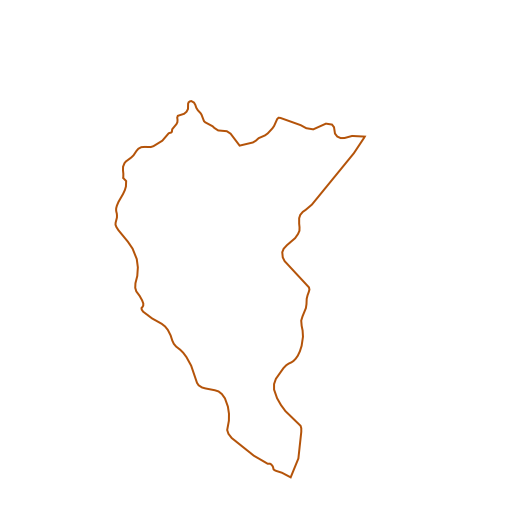 SVG path tracing the border of Anseba, rotated 37°
{"feature_id": "ERI-1563", "entity_name": "Anseba", "entity_type": "Region", "adm_level": 1, "iso_a3": "ERI", "parent_name": "Eritrea", "parent_adm1": "", "projection": "mercator", "projection_center": [37.716, 16.542], "detail": "fine", "context": "isolated", "style": "outline", "palette": "amber", "viewbox_px": 512, "rotation_deg": 37, "n_neighbors": 0, "source": "natural_earth", "source_scale": "10m", "svg_char_len": 2434}
<svg xmlns="http://www.w3.org/2000/svg" viewBox="0 0 512 512"><g transform="rotate(37 256 256)"><path d="M249.0,111.7L252.6,110.9L255.7,108.5L260.5,102.3L271.0,95.2L271.2,96.8L272.3,115.0L269.7,181.3L267.9,189.3L266.8,192.6L266.6,196.5L267.7,199.8L271.0,204.2L273.5,206.9L275.5,209.7L276.3,213.1L276.5,218.2L274.2,228.7L273.7,233.5L274.7,237.2L278.2,241.0L282.0,242.9L317.2,249.2L318.9,250.7L319.8,253.0L320.8,256.3L322.2,259.6L325.3,264.1L327.2,267.6L329.5,276.3L331.0,280.4L334.5,284.3L338.1,287.5L342.1,292.2L346.5,300.3L348.4,305.7L349.4,310.5L349.5,314.2L349.1,317.3L348.3,319.6L346.9,322.2L345.9,325.0L345.4,329.0L345.8,342.1L347.5,347.4L350.8,351.8L358.4,356.9L365.6,360.0L372.9,362.2L393.8,364.8L395.8,366.3L398.0,369.2L411.7,392.2L416.9,411.9L407.1,413.5L401.4,415.5L399.6,415.9L398.4,415.8L396.6,414.3L395.4,413.7L393.4,413.3L392.1,413.5L390.3,414.9L374.4,416.8L346.1,416.0L341.0,414.6L337.7,412.3L333.5,403.9L329.4,398.3L324.2,393.2L316.9,388.4L311.8,386.8L307.6,386.7L303.9,388.0L295.3,392.2L292.0,393.5L288.0,393.8L285.2,392.8L270.2,382.6L261.3,378.6L256.2,377.1L252.1,376.5L246.7,376.4L243.2,375.6L240.0,373.9L235.6,370.8L230.1,368.1L225.8,367.0L221.5,366.9L210.6,368.4L199.4,368.4L197.0,367.6L195.9,366.5L196.0,364.9L195.8,363.5L194.6,361.8L191.8,360.0L187.1,357.9L181.7,356.3L178.7,354.1L176.1,350.3L173.2,343.4L168.5,336.2L162.6,330.2L153.0,324.4L145.1,321.7L130.6,318.2L127.1,316.9L125.0,315.6L123.9,314.0L121.8,309.0L120.5,307.2L119.2,305.8L117.8,304.7L116.7,303.6L115.6,302.0L114.6,299.5L113.6,295.5L112.5,286.5L111.6,282.3L110.3,278.8L107.2,274.3L102.9,273.6L102.8,273.2L100.6,270.2L98.2,267.6L96.1,264.7L95.1,261.0L95.2,258.8L97.1,252.4L97.6,249.3L97.3,244.0L97.5,241.1L98.9,238.1L101.3,236.0L106.4,232.3L108.0,230.0L111.8,220.3L112.4,210.7L112.7,210.0L113.8,208.7L114.1,208.0L113.9,207.1L113.0,205.6L112.8,205.0L113.1,198.5L112.7,196.5L111.4,194.5L109.8,192.9L109.2,191.1L113.0,185.7L113.7,182.6L113.2,179.5L110.1,175.2L109.7,173.8L110.1,172.5L110.1,172.4L111.1,171.2L114.2,170.8L116.7,171.9L119.0,173.5L121.8,174.6L125.8,175.3L127.4,175.9L133.3,179.6L134.9,179.8L143.3,178.5L145.6,178.8L150.2,178.5L157.6,173.9L162.1,173.6L176.5,177.7L185.2,167.2L186.5,164.0L187.2,160.3L190.6,154.3L191.6,151.0L192.3,144.2L192.2,141.3L190.5,133.9L190.8,132.0L192.5,131.0L213.0,124.6L219.2,123.7L225.5,120.4L232.2,108.2L237.6,105.3L240.8,106.2L245.4,110.7L249.0,111.7Z" fill="none" stroke="#b45309" stroke-width="2"/></g></svg>